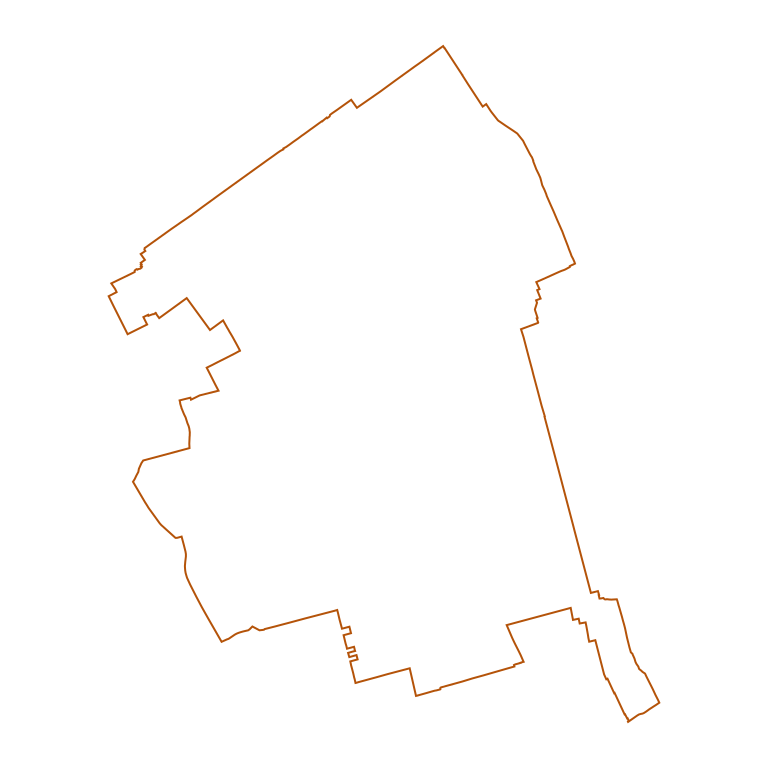 outline of Delft, Zuid-Holland, Netherlands
{"feature_id": "6326949B20459487982464", "entity_name": "Delft", "entity_type": "district", "adm_level": 2, "iso_a3": "NLD", "parent_name": "Netherlands", "parent_adm1": "Zuid-Holland", "projection": "albers", "projection_center": [4.365, 51.999], "detail": "fine", "context": "isolated", "style": "outline", "palette": "amber", "viewbox_px": 768, "rotation_deg": 0, "n_neighbors": 0, "source": "geoboundaries", "source_scale": "gbopen_adm2", "svg_char_len": 6011}
<svg xmlns="http://www.w3.org/2000/svg" viewBox="0 0 768 768"><path d="M659.3,702.7L658.2,700.3L657.3,698.5L655.5,695.0L652.9,689.4L651.5,686.6L647.2,678.1L646.3,676.3L645.1,673.7L644.9,673.5L644.7,673.3L643.4,672.5L642.4,671.8L641.3,670.7L639.4,669.2L639.2,669.0L639.0,668.6L638.9,668.3L638.3,666.5L636.5,664.0L635.9,662.8L635.5,662.0L634.7,659.3L634.5,658.6L633.6,656.6L633.2,655.7L632.8,654.9L632.4,653.7L630.9,652.4L629.5,647.6L627.0,637.6L625.1,628.5L624.1,624.6L622.9,620.4L621.9,616.6L621.4,614.9L619.4,607.9L618.5,605.1L618.1,603.5L617.4,601.0L616.8,599.3L611.5,599.6L611.0,599.6L610.2,599.5L609.5,599.5L607.6,599.3L607.1,599.2L606.8,599.2L606.0,599.4L605.5,599.4L605.2,599.4L604.8,599.3L604.5,599.2L604.3,599.0L604.0,598.7L603.7,598.3L603.4,598.0L602.3,598.2L601.3,598.4L600.2,598.5L599.5,598.5L598.7,595.1L599.1,595.0L597.9,591.1L590.9,592.9L574.3,529.9L573.2,525.6L557.8,467.0L544.5,416.6L544.8,416.4L541.6,405.7L537.4,389.7L533.3,374.4L532.3,370.3L528.7,356.9L523.5,337.0L521.0,329.2L538.0,322.9L538.2,322.5L536.7,318.3L537.6,317.9L535.3,311.0L535.0,309.9L534.9,309.4L537.0,302.8L536.1,300.3L540.6,298.6L537.2,290.1L539.5,289.1L536.3,282.1L542.0,279.6L556.4,273.1L560.0,271.5L561.7,270.8L563.5,270.2L565.2,269.5L569.8,267.0L569.8,266.1L572.0,265.0L573.0,264.6L575.0,263.6L574.3,261.6L573.8,260.5L573.1,258.9L571.5,255.9L570.6,253.3L568.8,248.8L568.1,246.7L564.2,236.6L562.5,232.0L562.1,230.9L561.9,230.6L557.0,219.5L553.5,211.2L550.8,205.2L547.2,197.0L546.7,195.8L546.2,194.1L544.4,189.7L542.7,186.2L542.2,185.1L541.1,180.7L540.3,177.8L538.7,174.2L536.3,169.3L535.2,166.4L533.4,161.8L533.1,160.5L533.2,160.4L531.9,157.2L531.1,156.1L529.8,153.9L524.6,143.9L523.1,140.8L519.8,136.7L517.5,133.8L517.1,133.4L512.9,130.5L505.5,125.6L499.4,121.4L498.6,120.9L498.3,120.6L497.9,120.3L497.2,119.4L491.7,112.4L490.4,110.6L486.2,104.1L482.7,106.6L468.1,84.3L462.2,75.0L462.3,74.9L461.9,74.4L444.6,48.0L444.4,48.1L443.1,46.1L435.7,51.4L426.8,57.9L420.0,62.8L419.3,63.3L418.9,63.6L414.6,66.6L408.8,70.8L395.9,80.1L380.5,91.4L378.2,93.0L375.6,94.8L373.6,96.2L356.9,107.8L351.2,99.8L347.0,102.8L336.6,110.2L331.8,113.5L330.0,114.9L329.7,116.3L329.3,116.7L327.2,118.2L326.7,117.6L325.1,118.9L322.3,121.3L322.1,121.1L319.4,123.0L312.4,128.1L310.8,129.2L308.1,131.2L303.4,134.6L301.9,135.6L298.2,138.4L293.2,141.9L289.4,144.7L287.8,145.8L286.3,146.9L284.8,147.7L283.3,148.5L283.4,149.4L281.9,150.1L280.4,150.9L277.6,152.8L273.2,156.0L267.8,159.8L242.8,177.8L219.9,194.3L201.9,207.4L199.1,209.5L195.6,212.1L193.5,213.6L192.1,214.7L183.2,220.8L181.4,222.0L172.2,228.4L171.6,228.8L150.8,243.7L145.4,247.6L144.7,248.0L144.4,249.6L145.3,251.0L144.0,251.9L143.4,252.3L140.7,254.0L144.9,259.9L141.8,262.1L140.7,262.9L141.6,264.3L140.8,264.8L141.8,266.2L140.9,266.6L141.6,267.6L140.4,268.6L138.4,269.1L137.5,269.6L137.1,269.2L136.8,269.1L136.3,269.3L135.1,270.2L134.7,270.6L134.7,271.6L134.7,272.0L131.3,273.7L111.3,283.4L115.2,289.1L116.6,292.1L108.7,296.2L113.3,305.6L125.7,330.3L127.6,334.2L147.1,324.5L143.4,317.1L148.1,314.8L148.4,315.8L152.8,314.2L153.8,314.2L155.7,312.9L155.9,313.1L155.7,313.3L159.2,318.1L186.7,298.1L210.0,330.0L223.1,320.4L227.4,328.1L227.9,328.9L228.2,329.4L229.7,332.1L230.2,332.9L232.5,336.8L237.1,345.2L239.7,350.1L240.0,350.8L239.9,350.9L239.6,350.9L235.0,353.4L225.6,358.2L218.2,361.9L211.8,365.2L206.7,367.7L208.1,370.4L215.3,384.6L218.5,390.7L199.7,395.4L191.0,399.7L190.4,397.7L179.6,400.4L180.1,402.3L180.2,403.6L180.9,406.0L181.3,407.1L181.5,408.2L181.6,408.3L183.1,412.0L183.5,413.0L184.2,414.6L184.9,416.0L185.6,417.4L187.4,423.1L187.7,423.8L187.8,424.1L188.5,425.7L188.9,427.0L189.3,428.6L189.7,431.6L189.8,432.1L189.7,436.1L189.6,436.4L189.5,439.0L189.3,443.5L189.3,443.9L189.5,448.1L179.4,450.8L143.2,460.5L141.4,463.2L138.9,468.8L138.3,472.0L136.4,475.5L134.7,479.1L133.0,481.8L145.0,502.2L147.3,505.8L148.3,507.5L149.2,508.8L159.7,523.3L160.5,524.2L161.2,525.0L175.5,537.9L176.4,537.9L176.8,537.9L178.0,537.6L181.6,536.6L183.9,545.2L185.5,551.6L185.9,554.1L185.9,556.5L185.3,561.5L184.9,566.0L185.0,568.0L185.2,570.4L185.6,572.9L186.3,575.4L187.0,577.7L188.4,580.8L190.2,584.7L196.3,596.7L201.8,607.1L205.5,613.7L208.9,619.7L221.6,641.8L225.6,640.0L226.9,639.4L228.4,638.9L229.1,638.5L234.7,634.7L235.6,634.2L236.5,633.7L238.2,633.0L239.6,632.5L240.9,632.1L243.4,631.4L248.2,630.3L248.5,630.1L248.9,629.8L249.6,629.3L250.6,628.3L252.4,626.5L259.5,630.3L263.0,629.9L264.0,629.7L264.6,629.1L275.3,626.4L281.3,624.8L287.8,623.1L304.9,618.5L334.5,610.8L337.2,610.0L337.9,612.6L339.5,619.4L342.0,628.7L349.4,626.7L351.0,633.2L343.6,635.2L344.6,639.3L344.9,640.6L345.6,643.5L346.4,646.1L347.0,648.7L354.0,646.8L354.4,648.2L354.7,649.7L355.1,651.0L352.6,651.6L348.1,652.9L349.3,657.1L356.5,655.1L357.6,659.4L350.3,661.4L351.0,664.7L351.1,665.3L351.6,667.1L353.0,672.4L353.3,673.6L354.2,677.6L354.6,678.9L355.2,681.6L355.5,683.0L356.0,682.9L358.6,682.1L377.0,677.1L387.3,674.2L409.7,668.3L416.0,695.9L419.4,695.0L425.9,693.2L432.1,691.4L434.6,690.7L436.4,690.4L440.2,689.4L440.4,689.2L440.3,688.8L440.3,688.5L440.3,688.1L440.4,687.9L440.5,687.7L441.0,687.4L457.0,683.0L462.4,681.5L472.5,678.4L483.4,675.4L492.4,672.8L504.2,669.4L508.0,668.3L514.4,666.5L514.0,665.0L514.8,664.6L515.8,664.2L516.3,664.1L518.9,663.4L520.2,663.0L520.1,662.9L521.8,662.3L523.6,661.8L523.4,661.4L523.1,660.7L522.3,658.9L520.7,655.2L518.8,651.3L514.9,643.6L513.5,640.7L512.1,637.7L506.7,625.1L570.7,607.9L573.0,619.9L578.7,618.7L579.7,623.5L585.6,622.4L586.3,625.8L587.3,631.3L587.9,634.7L588.4,638.0L588.7,639.4L589.2,641.7L595.3,640.2L604.1,674.4L606.3,679.3L607.5,678.7L614.2,693.2L614.6,692.9L614.7,693.1L624.6,714.4L625.0,714.2L627.2,718.5L627.6,718.3L628.7,720.6L627.9,721.5L628.1,721.9L634.4,717.5L636.4,716.1L637.0,715.7L637.5,715.3L638.0,715.1L638.4,714.8L638.7,714.6L639.2,714.4L640.5,714.0L641.5,713.8L642.5,713.6L643.5,713.2L644.1,712.9L646.1,711.6L647.5,710.6L649.1,709.4L649.9,708.9L650.6,708.4L651.3,708.0L653.4,706.6L656.1,704.9L659.3,702.7Z" fill="none" stroke="#b45309" stroke-width="2"/></svg>